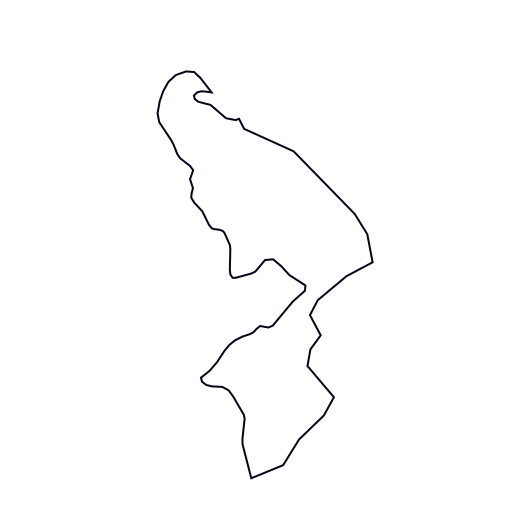 an SVG outline of Al Buraymi, rotated 332°
{"feature_id": "OMN-4836", "entity_name": "Al Buraymi", "entity_type": "Province", "adm_level": 1, "iso_a3": "OMN", "parent_name": "Oman", "parent_adm1": "", "projection": "mercator", "projection_center": [55.822, 24.259], "detail": "fine", "context": "isolated", "style": "outline", "palette": "ink", "viewbox_px": 512, "rotation_deg": 332, "n_neighbors": 0, "source": "natural_earth", "source_scale": "10m", "svg_char_len": 1322}
<svg xmlns="http://www.w3.org/2000/svg" viewBox="0 0 512 512"><g transform="rotate(332 256 256)"><path d="M270.1,58.6L280.2,60.1L280.9,60.2L287.7,64.5L290.5,72.7L292.6,84.8L293.6,90.7L287.6,86.4L284.4,84.7L280.9,83.9L276.5,85.2L275.7,88.7L277.5,92.8L286.8,101.3L294.2,120.3L301.8,126.4L305.4,126.9L305.2,138.2L338.4,181.3L362.9,265.2L364.5,289.0L356.0,316.3L326.4,316.3L289.8,324.0L275.9,333.5L275.9,356.4L260.2,364.0L249.8,377.3L258.5,417.3L241.0,428.7L207.9,438.2L181.8,453.4L147.5,450.0L155.7,416.1L158.0,411.4L169.7,394.1L170.7,390.4L169.9,369.7L168.8,361.8L164.8,355.8L155.7,350.3L151.5,346.5L149.3,341.6L150.3,337.6L161.1,335.6L171.7,331.5L176.6,328.8L183.9,324.8L190.8,322.0L197.9,320.6L206.2,320.8L214.3,322.2L218.2,322.1L222.3,320.6L226.8,319.8L233.3,324.9L238.0,325.4L267.1,313.5L283.0,309.6L285.8,305.2L276.5,288.5L273.5,276.8L269.6,267.0L262.1,263.8L248.0,269.5L243.8,269.3L228.1,265.8L225.1,264.3L224.7,260.2L226.7,255.4L236.5,238.0L238.1,234.0L239.0,220.7L238.4,218.4L236.5,216.0L231.5,212.5L229.9,210.6L229.1,206.4L229.6,191.5L226.5,179.9L226.2,174.1L228.7,170.3L232.2,166.5L233.8,157.2L240.8,150.8L240.0,145.4L236.2,137.0L234.9,134.1L234.4,129.0L235.5,118.8L235.5,113.6L233.4,92.4L236.0,83.9L243.6,74.2L250.7,67.6L251.8,66.7L260.5,61.1L270.1,58.6Z" fill="none" stroke="#020617" stroke-width="2"/></g></svg>